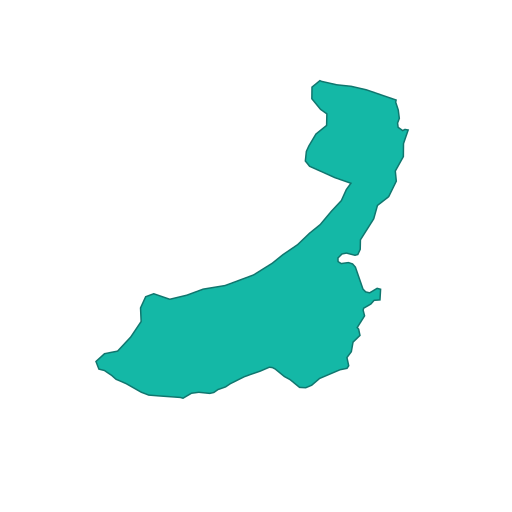 the district of Kosong, Kangwŏn-do, North Korea, rotated 69°
{"feature_id": "82179303B58420780140205", "entity_name": "Kosong", "entity_type": "district", "adm_level": 2, "iso_a3": "PRK", "parent_name": "North Korea", "parent_adm1": "Kangwŏn-do", "projection": "robinson", "projection_center": [128.195, 38.62], "detail": "fine", "context": "isolated", "style": "filled", "palette": "teal", "viewbox_px": 512, "rotation_deg": 69, "n_neighbors": 0, "source": "geoboundaries", "source_scale": "gbopen_adm2", "svg_char_len": 1774}
<svg xmlns="http://www.w3.org/2000/svg" viewBox="0 0 512 512"><g transform="rotate(69 256 256)"><path d="M115.2,133.5L118.4,143.2L129.2,147.5L142.2,143.2L148.7,138.9L159.4,143.3L163.6,156.3L172.2,167.2L176.4,171.5L185.0,175.9L191.5,173.8L200.2,165.1L211.1,154.3L222.1,141.3L226.3,147.8L234.9,156.5L241.2,169.5L249.7,184.8L253.9,197.8L260.3,213.0L264.4,230.4L268.6,243.4L270.7,254.3L272.8,265.1L272.7,276.0L272.5,295.5L268.0,317.2L267.8,334.6L265.5,352.0L254.6,365.0L254.5,373.6L263.1,382.4L276.0,386.7L286.7,401.9L295.2,419.3L292.9,432.4L297.1,443.2L305.3,443.2L308.6,438.5L311.1,436.8L315.8,433.5L320.1,431.3L321.0,430.8L322.1,429.6L328.7,422.9L342.1,411.9L344.4,409.3L347.4,406.0L349.6,401.4L352.0,396.4L360.9,377.4L362.6,375.1L361.0,365.4L362.0,361.3L362.7,358.3L367.7,348.4L368.3,344.3L367.0,339.1L367.1,338.5L367.3,331.3L366.5,327.9L366.0,325.7L365.0,315.3L364.5,310.1L364.6,307.1L364.6,304.0L364.8,298.9L365.0,293.5L364.8,288.5L364.6,283.4L366.1,280.6L368.5,278.5L378.7,272.7L383.6,268.5L394.3,262.4L396.8,256.8L396.6,250.3L393.1,240.5L392.3,218.3L393.5,211.3L391.7,208.8L383.4,207.5L379.5,201.3L371.2,196.3L367.4,187.4L361.1,186.4L359.1,187.2L350.8,176.1L345.0,175.4L343.3,174.2L342.0,166.0L339.7,161.6L341.4,156.0L331.7,151.6L329.6,154.5L331.1,163.1L328.8,166.5L325.2,168.0L302.0,167.2L298.0,168.7L295.4,171.9L295.1,172.7L293.6,179.2L290.6,181.4L287.2,180.2L284.9,174.9L285.7,170.5L290.8,163.3L291.1,160.4L287.1,156.3L278.3,152.7L263.5,132.8L252.3,124.5L248.4,111.6L248.1,110.8L236.4,98.2L226.6,95.5L216.0,82.8L203.9,78.0L192.9,68.8L191.2,71.6L191.5,74.1L186.8,77.2L182.6,76.2L178.9,72.9L170.8,70.9L167.3,70.7L162.5,70.5L160.6,69.3L151.4,80.3L140.5,93.3L131.7,106.3L125.1,119.3L116.4,132.3L115.2,133.5Z" fill="#14b8a6" stroke="#0f766e" stroke-width="1.5"/></g></svg>